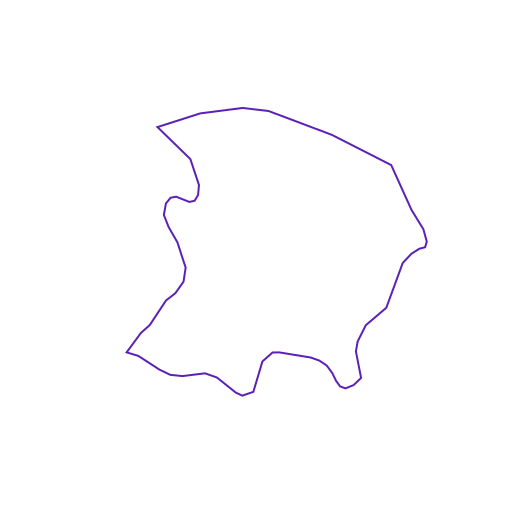 outline of Hà Nam, rotated 133°
{"feature_id": "VNM-467", "entity_name": "Hà Nam", "entity_type": "Province", "adm_level": 1, "iso_a3": "VNM", "parent_name": "Vietnam", "parent_adm1": "", "projection": "orthographic", "projection_center": [106.005, 20.525], "detail": "fine", "context": "isolated", "style": "outline", "palette": "violet", "viewbox_px": 512, "rotation_deg": 133, "n_neighbors": 0, "source": "natural_earth", "source_scale": "10m", "svg_char_len": 847}
<svg xmlns="http://www.w3.org/2000/svg" viewBox="0 0 512 512"><g transform="rotate(133 256 256)"><path d="M228.9,416.0L189.8,394.1L156.9,366.8L141.4,345.7L115.7,283.2L97.3,219.1L116.2,173.8L122.3,151.8L129.0,140.9L134.3,138.3L139.3,141.5L148.4,143.9L161.1,143.9L205.0,125.4L231.7,128.5L249.1,123.4L257.6,117.9L273.5,96.0L283.9,96.6L291.8,100.3L294.0,105.6L292.7,112.3L289.6,120.3L287.9,129.5L289.3,138.4L292.9,146.7L310.6,173.2L315.3,178.1L328.7,179.4L357.2,165.3L367.5,170.8L369.7,177.8L371.5,201.7L376.6,213.3L394.0,227.9L401.4,237.7L405.0,249.4L409.3,273.9L414.7,284.9L390.8,287.7L378.8,286.6L349.8,291.5L338.2,289.6L324.2,291.5L312.5,299.5L299.6,322.8L294.4,339.7L288.8,351.4L279.0,357.7L271.7,358.2L267.1,354.9L261.9,341.6L257.5,338.6L251.0,339.9L243.0,346.1L229.9,370.1L228.9,416.0Z" fill="none" stroke="#5b21b6" stroke-width="2"/></g></svg>